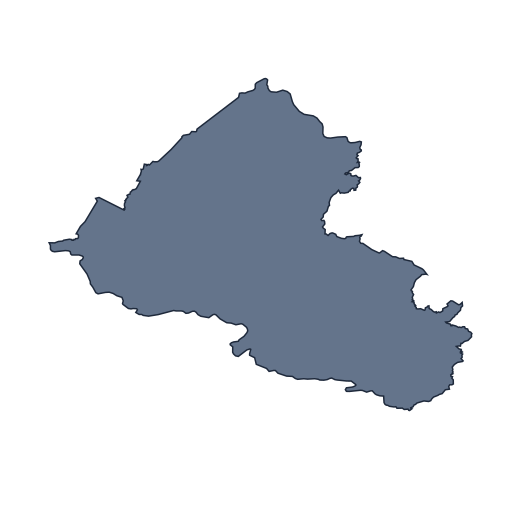 Coyaima, Tolima, Colombia, rotated 262°
{"feature_id": "7082276B89434947154021", "entity_name": "Coyaima", "entity_type": "district", "adm_level": 2, "iso_a3": "COL", "parent_name": "Colombia", "parent_adm1": "Tolima", "projection": "equal_earth", "projection_center": [-75.157, 3.75], "detail": "fine", "context": "isolated", "style": "filled", "palette": "slate", "viewbox_px": 512, "rotation_deg": 262, "n_neighbors": 0, "source": "geoboundaries", "source_scale": "gbopen_adm2", "svg_char_len": 6098}
<svg xmlns="http://www.w3.org/2000/svg" viewBox="0 0 512 512"><g transform="rotate(262 256 256)"><path d="M419.4,262.3L415.5,260.8L389.9,215.3L387.8,214.5L387.4,213.8L388.2,209.7L385.8,207.1L385.6,200.9L384.4,199.2L383.4,199.1L373.2,186.7L363.4,172.7L363.1,171.3L363.4,168.6L364.0,167.1L361.0,163.2L361.7,162.0L360.9,161.0L360.8,160.2L361.8,160.4L362.5,158.2L357.9,156.5L357.5,155.3L357.8,154.2L356.0,154.3L352.9,152.9L352.5,153.5L352.6,152.7L347.1,148.4L346.1,151.9L339.4,146.9L338.7,145.1L338.8,143.4L338.3,143.1L338.3,142.5L337.1,141.4L336.8,140.5L334.8,139.8L334.7,138.5L334.0,136.7L332.1,137.3L330.2,135.0L329.7,135.2L328.9,133.8L327.7,134.3L326.5,133.2L324.5,132.7L321.9,133.0L321.4,131.9L320.4,132.5L319.8,131.8L335.8,108.7L335.4,105.2L332.4,106.5L313.8,91.5L309.8,86.3L303.0,81.0L302.5,82.3L301.3,83.1L298.9,82.7L298.1,81.8L298.3,79.9L297.4,78.9L297.8,78.1L297.0,77.4L297.2,76.0L297.9,76.0L298.6,73.6L298.4,67.7L297.7,66.6L297.9,62.4L297.0,58.5L297.9,53.0L295.0,53.9L291.5,53.4L290.2,53.9L289.0,55.0L288.2,57.2L287.9,68.0L287.2,71.1L286.2,72.6L283.8,72.8L282.6,73.8L281.6,81.0L280.1,84.0L279.3,84.7L278.3,84.7L276.7,83.5L275.6,81.1L272.8,80.4L261.6,86.2L253.9,88.3L251.5,88.1L247.8,90.1L242.0,92.3L240.5,94.3L240.9,101.8L240.6,105.6L238.8,109.3L236.0,112.7L233.7,117.5L230.1,118.3L227.5,117.2L226.6,117.5L221.8,122.3L221.0,124.9L221.1,126.9L220.4,130.5L219.2,131.1L216.8,129.1L214.4,132.1L214.0,134.7L212.9,136.0L211.4,141.2L211.6,151.0L213.5,166.9L212.7,169.3L212.0,174.4L211.3,176.3L209.0,178.6L208.9,181.2L210.1,185.3L209.9,187.4L208.7,188.8L206.0,190.4L204.0,193.0L201.5,200.7L203.9,205.2L204.0,206.8L203.4,208.1L198.7,211.7L194.0,217.7L193.0,222.1L190.7,226.5L191.0,231.9L190.3,233.4L186.7,236.7L185.0,237.3L183.0,237.4L181.3,236.3L178.1,232.9L175.4,227.6L174.0,226.7L174.0,221.8L173.5,219.6L172.6,218.2L171.7,218.1L169.3,220.3L163.9,219.5L162.2,220.1L160.0,221.8L159.0,224.5L164.3,233.9L164.8,237.1L164.3,237.8L159.9,236.0L158.6,235.9L155.5,240.5L148.7,241.2L143.2,250.8L139.9,252.9L140.2,257.8L139.9,259.3L136.9,261.4L132.8,269.6L131.7,275.3L129.2,277.9L128.1,280.1L127.8,286.2L126.9,289.9L126.3,297.0L125.3,300.4L124.3,301.9L123.6,305.9L123.7,309.3L124.5,312.0L124.6,314.0L122.6,316.9L121.9,319.1L119.6,328.4L118.9,332.9L114.8,336.9L114.0,336.8L113.3,335.5L112.8,333.1L112.9,327.2L111.2,325.9L109.4,326.7L108.9,329.6L108.5,340.7L108.1,342.6L105.8,346.6L106.5,350.9L106.3,352.4L103.0,354.6L101.8,356.0L100.3,359.2L99.5,362.9L93.0,362.4L91.2,363.1L90.2,364.2L89.8,365.7L88.6,367.2L87.3,371.7L87.3,373.5L85.6,374.4L85.0,379.7L83.4,381.4L83.2,385.2L81.9,385.8L81.6,386.6L83.0,389.1L83.5,388.2L84.1,388.1L84.8,390.5L86.6,391.9L86.8,393.3L88.0,394.9L89.1,402.1L87.9,406.7L88.4,408.9L90.1,410.2L91.6,412.2L92.7,416.8L93.4,418.2L93.8,421.2L97.2,424.9L97.2,429.0L100.0,428.7L101.5,429.9L101.2,432.1L101.8,433.6L105.9,434.1L107.7,433.0L109.2,433.8L109.6,432.4L111.2,432.3L112.0,434.6L112.7,434.0L113.7,435.0L115.2,434.5L116.0,435.1L118.7,434.9L121.0,437.4L122.6,440.8L122.8,445.8L123.3,446.5L125.9,444.8L127.1,446.1L128.9,446.0L130.1,447.0L131.3,445.4L132.2,447.0L132.7,446.5L132.8,445.3L133.7,446.2L134.2,445.8L134.9,446.2L135.7,444.2L138.6,441.8L138.7,444.4L138.3,445.9L141.0,446.8L140.7,447.8L142.4,450.6L142.9,454.2L146.0,458.2L148.0,458.3L149.0,459.0L150.7,458.0L151.8,456.0L154.3,455.4L155.0,453.2L156.9,452.7L157.2,451.0L156.6,449.3L157.3,447.6L157.1,446.6L158.8,444.3L160.4,440.7L160.3,440.2L159.7,440.2L159.8,439.3L161.5,439.0L163.2,435.2L164.2,434.6L164.1,438.6L167.6,442.5L168.4,444.2L169.8,444.9L170.3,446.9L171.7,447.9L173.8,450.9L176.4,451.7L177.8,453.6L181.3,453.7L179.6,451.3L179.6,449.7L184.0,444.5L184.5,442.7L181.9,438.5L180.2,439.2L179.4,438.8L177.8,433.7L175.6,433.2L174.4,430.3L175.2,429.1L174.5,426.7L175.7,426.7L175.5,425.2L176.3,423.9L178.6,422.1L179.9,420.2L182.6,420.3L182.4,418.9L181.5,418.2L181.2,416.6L179.1,415.9L178.8,415.1L180.9,411.7L181.0,409.0L181.5,407.4L182.8,407.5L184.4,406.4L184.8,407.2L186.7,405.9L188.4,406.1L189.0,404.3L189.9,405.8L190.9,404.6L191.4,405.2L193.4,405.0L195.9,406.7L198.0,405.6L199.2,406.0L200.1,404.9L200.9,404.8L203.8,407.6L207.5,409.1L210.3,411.2L213.2,416.2L214.5,417.4L214.4,421.8L214.0,422.7L218.9,419.9L220.3,418.6L225.1,411.3L229.0,409.6L231.9,402.0L233.3,401.8L233.6,397.7L235.7,394.3L236.3,391.1L242.7,383.9L243.7,382.1L241.8,378.8L242.1,377.9L246.2,371.6L253.6,363.6L254.0,361.5L256.2,360.5L258.5,361.5L259.6,361.2L260.7,361.8L261.1,363.0L262.4,363.9L262.1,361.2L262.3,356.9L261.8,355.5L262.4,348.7L262.1,348.0L261.0,347.3L260.8,346.1L261.6,343.1L264.0,338.7L266.4,338.0L268.0,335.4L268.3,334.6L268.0,332.5L266.3,330.2L268.0,328.6L268.3,327.4L272.6,328.2L274.1,326.6L275.5,325.9L278.1,328.6L280.6,328.7L281.8,328.2L281.9,326.1L283.2,325.4L285.3,328.0L287.9,328.6L290.5,332.5L295.1,334.6L295.8,335.8L298.9,335.9L303.4,338.3L305.8,341.1L306.9,343.9L309.7,346.9L306.4,348.2L306.7,349.4L306.0,352.1L306.2,356.1L307.3,357.2L307.4,358.4L308.5,358.6L309.7,360.9L309.3,362.3L307.4,362.2L307.3,363.9L309.3,364.4L310.1,365.9L310.8,366.2L312.4,366.1L313.1,367.6L314.5,369.1L316.1,368.0L316.6,369.1L318.1,370.3L319.2,370.3L319.3,368.4L321.9,366.2L321.6,363.6L321.9,362.2L322.5,361.2L324.1,361.4L324.8,360.6L325.0,359.5L323.9,356.7L324.9,355.4L325.7,356.2L326.0,359.2L327.4,360.3L327.4,362.5L329.7,366.3L329.4,369.5L330.2,370.7L331.9,371.0L333.1,370.7L334.3,371.6L334.7,371.1L334.6,369.4L335.7,370.3L338.0,370.6L338.6,369.1L339.3,368.9L341.2,371.1L342.2,370.0L343.8,370.7L344.2,372.8L345.4,374.9L346.4,375.0L347.0,374.1L348.9,373.8L351.5,375.5L354.3,376.2L355.1,374.7L354.6,369.8L354.9,365.6L355.4,364.5L356.8,363.1L360.6,362.5L361.7,361.2L362.4,353.6L362.4,346.2L363.1,342.9L364.9,340.1L368.0,339.2L374.4,340.3L377.6,339.9L380.4,337.7L384.1,335.6L386.8,332.2L389.6,323.3L393.2,319.0L400.6,314.4L403.8,313.5L411.7,312.4L414.5,309.8L416.5,305.6L415.3,299.1L416.5,293.8L417.9,292.3L420.5,291.2L422.6,291.3L424.1,290.5L428.7,292.0L429.8,291.2L430.4,290.2L430.4,288.8L427.6,280.9L426.2,279.2L422.3,278.6L421.2,277.6L420.4,276.0L419.7,270.8L418.8,267.9L419.5,264.7L419.4,262.3Z" fill="#64748b" stroke="#1e293b" stroke-width="1.5"/></g></svg>